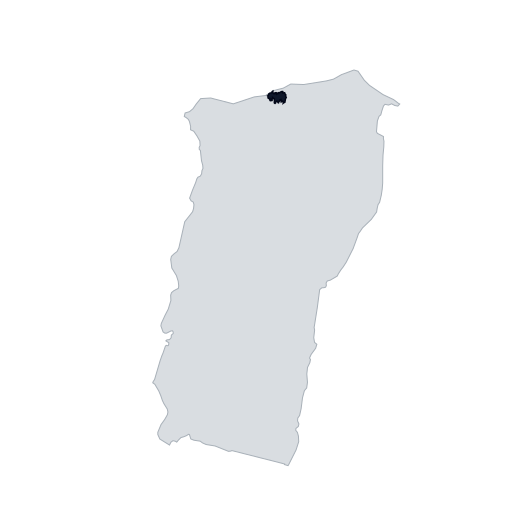 Gomoa East, Central, Ghana (highlighted), rotated 195°
{"feature_id": "2480657B26264719340764", "entity_name": "Gomoa East", "entity_type": "district", "adm_level": 2, "iso_a3": "GHA", "parent_name": "Ghana", "parent_adm1": "Central", "projection": "equal_earth", "projection_center": [-0.589, 5.477], "detail": "fine", "context": "in_parent", "style": "filled", "palette": "ink", "viewbox_px": 512, "rotation_deg": 195, "n_neighbors": 0, "source": "geoboundaries", "source_scale": "gbopen_adm2", "svg_char_len": 6224}
<svg xmlns="http://www.w3.org/2000/svg" viewBox="0 0 512 512"><g transform="rotate(195 256 256)"><path d="M301.5,54.3L304.6,58.1L305.2,60.3L304.1,68.6L301.9,74.4L300.5,79.8L300.7,82.5L302.1,85.2L306.7,89.5L309.0,92.2L311.8,96.4L315.0,100.5L320.5,105.9L322.9,106.8L322.8,108.3L322.0,110.4L321.5,130.3L321.1,135.4L320.7,138.0L320.2,145.4L319.6,146.5L318.6,146.4L317.6,146.7L317.4,148.1L317.8,149.7L321.1,150.7L320.4,151.9L317.9,152.9L316.8,155.1L317.3,157.7L315.9,159.7L316.3,161.1L317.2,162.1L318.6,161.7L322.4,158.3L324.1,157.9L326.1,158.6L329.8,163.9L330.0,166.4L328.5,175.2L327.0,182.0L326.7,191.0L328.3,196.1L328.1,198.8L326.4,201.2L322.6,204.7L322.9,207.1L324.6,211.5L327.8,216.5L334.2,222.6L337.5,230.6L337.6,233.8L335.6,237.1L333.4,239.9L332.6,244.0L333.7,270.7L328.7,282.3L328.6,285.7L329.2,289.5L330.5,291.8L333.0,292.5L335.1,294.7L334.4,302.9L333.3,311.2L333.1,315.2L332.5,317.1L330.5,318.7L329.8,321.3L330.3,324.5L329.9,326.9L331.0,330.0L333.3,333.9L337.0,343.5L338.4,344.3L339.0,346.3L338.6,348.2L340.0,352.5L344.1,356.7L348.4,360.4L351.9,361.0L352.7,364.3L355.0,368.5L356.6,370.4L359.2,371.6L361.4,372.2L361.5,375.8L357.6,378.2L355.0,381.9L353.0,387.5L350.2,393.7L340.6,396.9L337.0,396.9L317.3,397.1L298.9,409.2L288.3,413.5L281.8,420.4L273.1,425.2L266.9,431.1L254.2,434.0L233.4,443.3L226.9,446.9L220.3,453.4L209.5,461.0L205.3,460.9L196.9,453.8L190.6,450.2L175.2,444.8L163.6,442.7L158.1,440.4L156.5,440.0L157.8,437.5L161.0,437.3L164.4,438.1L167.0,436.1L170.7,435.9L171.7,433.9L172.0,428.7L172.0,424.6L173.3,422.8L173.7,417.9L171.8,407.2L170.5,405.9L163.8,404.4L163.3,402.3L162.1,400.0L160.8,394.5L159.4,386.2L157.0,376.0L152.5,359.2L151.4,353.2L150.7,347.1L150.5,339.9L151.4,337.2L151.3,333.5L150.9,329.7L154.1,321.2L160.4,310.7L161.7,306.9L162.8,304.2L163.0,300.5L164.1,288.3L167.2,273.5L169.0,267.9L170.3,264.9L171.9,260.0L172.3,257.7L178.0,251.9L180.7,250.3L181.3,248.1L180.4,245.6L180.7,243.9L182.1,243.0L184.2,242.3L185.8,240.0L183.4,221.8L181.5,203.6L181.4,202.1L180.2,199.6L179.1,192.1L177.1,187.7L174.4,186.5L174.5,182.3L177.2,175.4L177.9,171.3L176.6,170.1L176.4,166.9L177.4,161.7L176.9,158.6L176.4,155.2L173.6,147.3L172.9,141.7L174.4,138.4L174.4,131.2L172.9,120.2L172.6,113.2L173.7,110.3L173.2,107.5L171.1,104.9L171.0,102.3L172.8,99.8L172.5,97.9L170.4,96.4L168.4,93.0L166.7,87.7L167.1,79.0L170.4,63.1L170.8,61.8L174.5,61.9L174.5,62.5L186.0,62.4L199.1,62.2L214.8,62.0L229.0,61.8L229.7,61.1L232.0,60.2L246.4,61.9L255.4,61.0L259.2,61.6L262.0,62.7L268.3,62.0L271.6,62.4L274.1,66.3L275.1,66.3L276.5,64.6L279.0,62.7L281.5,61.2L283.3,58.1L284.4,55.7L286.0,56.2L288.4,56.1L290.0,54.1L290.6,51.0L301.5,54.3Z" fill="#d9dde1" stroke="#a8b0b8" stroke-width="1"/><path d="M277.9,408.2L277.9,408.3L277.7,408.3L277.4,408.3L277.1,408.3L277.0,408.5L277.0,408.8L276.9,408.8L276.7,408.9L276.7,409.0L276.8,409.2L276.8,409.4L276.8,409.8L276.7,410.0L276.4,410.8L276.2,410.8L275.9,410.8L275.8,411.1L275.7,411.0L275.5,410.8L275.5,410.7L275.4,410.6L275.2,410.4L274.9,410.3L274.7,410.3L274.6,410.2L274.6,410.3L274.4,410.7L274.1,410.9L273.9,410.7L273.9,410.9L273.8,411.0L273.8,411.3L273.7,411.3L273.5,411.5L273.4,411.6L273.5,411.7L273.4,411.8L273.5,411.8L273.5,412.1L273.5,412.3L273.4,412.3L273.5,412.4L273.5,412.5L273.4,412.6L273.5,412.7L273.5,412.8L273.4,412.9L273.4,413.0L273.4,412.9L273.3,413.0L273.2,413.1L273.0,413.3L272.9,413.4L272.7,413.4L272.8,413.4L272.7,413.5L272.4,413.7L272.3,413.4L272.2,413.5L272.1,413.3L272.0,413.1L272.1,412.8L271.9,412.8L271.4,412.7L271.3,412.3L271.2,412.1L271.2,411.9L271.3,411.8L271.3,411.6L271.2,411.7L271.0,411.8L270.9,411.8L270.7,411.8L270.6,412.0L270.4,412.1L270.1,412.2L270.0,412.4L269.9,412.4L269.7,412.4L269.5,412.2L269.4,412.0L269.2,411.8L269.2,411.6L269.1,411.3L269.1,411.1L269.2,410.9L269.2,410.7L268.7,411.3L268.1,411.8L268.1,412.0L267.9,412.1L267.9,412.3L268.0,412.4L268.0,413.4L268.1,414.7L268.2,414.9L268.2,415.1L268.2,415.3L268.2,415.5L268.0,416.2L267.9,416.7L268.0,416.8L268.0,417.0L267.9,417.2L268.0,417.3L268.3,417.4L268.5,417.6L268.6,417.9L268.7,418.0L268.8,418.1L268.9,418.4L269.0,418.6L268.9,418.7L268.9,418.9L268.8,419.1L268.9,419.3L269.1,419.2L269.2,419.4L269.3,419.5L269.6,419.8L269.9,420.2L270.1,420.3L270.3,420.4L270.3,420.6L270.6,421.1L271.2,420.9L271.6,420.6L272.3,420.3L272.6,420.6L272.5,420.8L272.6,421.0L272.6,421.3L272.6,421.5L272.7,421.8L272.8,421.8L273.4,421.6L273.9,421.4L274.4,421.0L274.6,420.8L275.0,420.2L275.4,419.8L275.5,419.8L275.6,419.6L275.8,419.6L276.0,419.8L276.2,419.7L276.3,419.6L276.5,419.6L276.6,419.4L276.8,419.2L277.0,419.1L277.0,418.9L276.7,418.9L276.7,418.6L277.0,418.4L277.4,418.0L277.5,417.9L278.0,417.4L278.3,417.6L278.2,417.8L278.3,417.8L278.3,418.3L278.2,418.4L278.2,418.6L278.3,418.7L278.3,418.9L278.7,419.0L278.9,419.0L279.0,418.9L279.0,418.6L279.3,418.8L279.6,418.7L279.7,418.4L279.8,418.4L279.8,418.2L280.0,418.1L280.2,417.8L280.2,417.5L280.4,417.3L280.6,417.3L280.8,417.5L281.0,417.5L281.1,417.8L281.5,417.7L281.7,417.8L281.9,417.9L282.1,418.3L282.3,419.1L282.4,419.6L282.8,419.2L282.8,418.9L282.9,418.6L282.7,418.4L282.8,418.2L283.2,417.7L283.6,417.4L283.8,417.3L284.9,416.7L285.0,416.6L285.2,416.4L285.4,416.1L285.6,415.8L285.6,415.6L285.6,415.3L285.6,415.1L285.6,414.9L285.7,414.7L285.8,414.7L285.9,414.4L285.8,414.2L285.7,414.1L285.8,414.0L285.7,414.0L285.7,413.9L285.8,413.8L285.7,413.7L285.7,413.4L285.7,413.2L285.7,412.9L285.6,412.7L285.5,412.4L285.4,412.2L285.3,411.8L285.2,411.7L284.9,411.7L284.7,411.5L284.1,411.5L283.9,411.6L283.4,411.8L283.3,411.6L283.2,411.4L283.2,411.1L283.2,410.9L283.3,410.8L283.3,410.6L283.2,410.5L283.1,410.4L282.9,410.2L282.7,409.9L282.4,409.7L282.2,409.8L281.9,409.9L281.8,410.1L281.8,410.3L281.7,410.5L281.7,410.8L281.6,410.6L281.5,410.4L281.4,410.5L281.3,410.4L281.3,410.2L281.0,410.2L280.8,410.3L280.8,410.5L280.7,410.8L280.7,411.0L280.9,411.2L281.0,411.4L281.1,411.7L281.2,411.8L281.3,411.8L281.4,412.1L281.2,412.3L281.0,412.5L280.9,412.8L280.9,413.0L280.9,413.4L281.0,413.6L280.8,413.6L280.5,413.2L280.4,413.2L280.0,412.8L279.3,412.7L279.2,412.7L279.1,412.3L278.9,412.3L278.9,412.1L278.8,411.9L278.8,411.6L278.5,411.3L278.5,411.0L278.4,410.8L278.4,410.6L278.3,410.3L278.3,410.2L278.2,409.9L278.1,409.3L278.0,408.6L277.9,408.2Z" fill="#0f172a" stroke="#020617" stroke-width="1.5"/></g></svg>